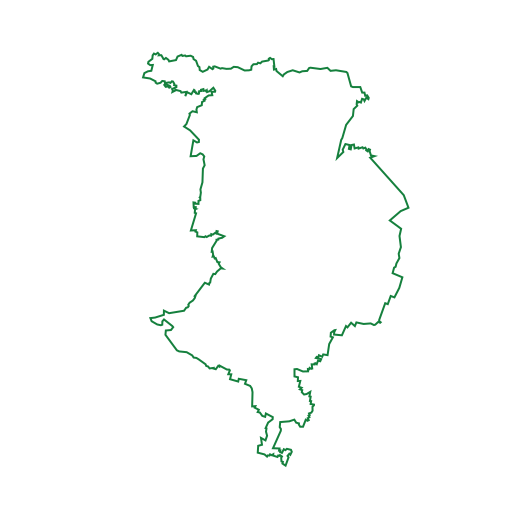 the district of Manlio Fabio Altamirano, Veracruz, Mexico, rotated 12°
{"feature_id": "50627088B96625037975079", "entity_name": "Manlio Fabio Altamirano", "entity_type": "district", "adm_level": 2, "iso_a3": "MEX", "parent_name": "Mexico", "parent_adm1": "Veracruz", "projection": "robinson", "projection_center": [-96.354, 19.086], "detail": "fine", "context": "isolated", "style": "outline", "palette": "green", "viewbox_px": 512, "rotation_deg": 12, "n_neighbors": 0, "source": "geoboundaries", "source_scale": "gbopen_adm2", "svg_char_len": 6063}
<svg xmlns="http://www.w3.org/2000/svg" viewBox="0 0 512 512"><g transform="rotate(12 256 256)"><path d="M328.5,454.9L329.7,446.2L328.4,445.0L329.7,442.5L330.9,443.3L331.7,440.1L330.5,438.3L326.3,438.2L325.1,439.8L323.4,439.2L322.3,443.2L320.3,442.7L320.2,441.1L319.0,441.5L319.0,439.4L312.6,440.5L316.6,421.8L316.3,420.0L314.8,418.5L314.2,413.4L322.9,410.8L327.5,408.1L330.0,410.7L332.8,410.8L332.9,411.9L334.7,413.8L337.5,413.2L338.7,405.8L340.6,406.5L341.7,405.6L340.3,403.9L341.8,402.5L340.6,401.2L341.6,400.4L340.6,399.0L342.7,397.7L343.5,395.6L342.6,391.8L343.7,390.0L343.6,389.3L340.2,389.4L340.1,386.5L338.9,386.6L338.7,382.2L337.4,382.2L337.3,377.6L334.2,380.5L331.8,381.5L329.1,379.7L329.1,377.6L326.7,377.3L328.0,375.4L325.1,375.0L325.3,369.0L322.9,369.6L322.3,365.9L318.7,365.8L317.2,358.8L319.6,358.0L325.9,359.2L330.9,358.0L330.3,355.8L331.5,355.8L331.7,354.3L333.4,354.9L334.4,354.4L333.0,350.4L335.8,349.9L335.6,349.0L336.4,348.5L337.9,349.2L338.4,345.5L340.7,345.6L341.2,343.3L335.8,343.3L336.4,342.0L338.0,341.9L338.2,340.0L341.7,340.8L342.2,338.3L346.6,338.1L345.9,326.9L348.1,319.6L345.7,319.3L345.2,315.5L348.1,312.3L348.9,312.0L348.3,314.4L348.7,316.6L356.5,315.7L358.6,305.8L360.3,306.8L362.9,301.5L367.3,304.0L368.0,300.1L375.4,300.1L382.2,298.1L385.7,299.0L386.9,298.4L389.3,295.0L391.3,295.5L391.7,294.9L390.1,294.2L389.8,292.8L392.2,275.3L394.9,275.7L396.1,267.1L400.0,267.7L402.8,257.4L403.6,246.4L393.2,244.4L393.5,238.7L394.8,237.5L394.9,234.1L396.7,228.2L395.1,224.1L395.9,217.2L392.2,206.6L392.3,199.2L379.5,193.4L388.2,182.0L395.1,177.1L387.9,165.8L347.3,136.1L351.1,133.7L347.5,133.7L345.3,129.7L345.4,128.3L343.9,128.0L343.5,130.4L341.8,129.7L341.9,128.9L340.4,127.3L338.6,128.5L337.6,127.5L334.0,129.6L333.5,128.5L330.1,130.3L328.6,126.6L326.4,127.6L326.5,132.0L324.6,131.9L324.5,128.0L320.2,127.9L318.7,134.0L319.8,136.1L315.0,143.3L315.2,124.7L315.9,122.7L316.9,109.0L321.7,98.9L321.0,92.0L323.8,87.9L322.9,86.7L322.6,83.5L323.8,84.0L323.8,84.7L325.3,83.8L326.7,84.1L327.1,80.2L328.9,80.4L329.9,81.8L331.0,78.2L333.3,79.2L333.4,77.9L331.3,75.7L329.5,76.5L328.1,73.6L325.9,74.1L322.9,69.1L315.6,70.6L313.8,70.3L307.4,58.0L306.1,57.2L295.6,57.7L290.4,59.4L286.7,57.1L280.2,59.7L270.1,60.5L268.9,61.1L267.6,64.3L262.8,65.7L260.4,67.4L253.3,66.7L248.4,69.5L245.5,72.6L244.8,74.6L237.6,70.8L236.8,68.9L234.8,69.9L233.9,66.9L234.6,66.9L232.2,59.7L230.6,60.2L228.6,59.3L227.5,60.4L227.9,61.5L227.4,62.2L221.5,64.6L220.2,66.6L217.8,66.5L217.0,68.1L213.6,69.0L212.2,71.4L212.6,74.8L210.6,75.8L206.3,76.9L198.9,75.1L194.9,75.6L192.5,78.0L188.2,79.1L183.7,79.3L182.4,80.1L176.2,79.1L174.8,79.7L175.3,81.5L174.6,82.3L170.8,80.7L169.8,83.7L165.6,86.9L162.3,85.8L161.4,83.0L159.7,82.2L156.8,77.5L154.0,76.4L153.1,74.4L150.4,73.7L146.1,75.2L145.0,74.6L142.4,75.6L141.4,74.7L137.8,77.2L137.0,81.0L130.6,83.7L129.5,82.3L126.7,81.0L125.3,82.7L124.6,82.6L121.7,79.3L119.6,79.8L119.9,79.3L117.7,77.7L115.9,79.7L114.1,79.2L113.2,81.2L113.6,84.7L110.4,88.4L110.4,90.2L112.9,91.3L115.3,90.6L115.1,96.6L111.9,97.8L108.8,100.3L108.4,104.8L115.5,104.4L121.4,106.0L121.8,107.3L123.5,108.0L126.6,106.4L127.9,104.3L130.4,104.1L131.3,106.5L130.7,107.7L132.5,109.3L134.9,108.4L136.1,109.4L137.2,108.5L136.3,107.5L131.4,106.6L131.4,105.6L134.9,104.2L136.3,104.5L137.4,102.6L138.5,102.6L140.3,104.6L140.4,105.9L142.7,105.9L143.0,107.4L139.2,110.1L140.3,111.6L140.2,112.9L142.8,110.8L142.6,110.2L147.9,110.4L149.0,111.7L153.9,109.9L153.6,114.4L154.5,110.1L159.1,111.2L160.8,106.4L161.6,106.8L162.2,108.4L163.5,108.4L163.6,109.4L165.7,109.5L166.4,109.1L166.1,106.7L168.1,106.0L167.7,104.8L169.8,103.7L170.3,105.4L172.2,104.6L172.8,105.1L173.4,104.1L174.1,105.8L176.2,104.5L179.3,100.3L181.8,102.8L181.8,103.8L178.4,104.7L179.8,107.8L176.3,108.8L173.0,112.3L173.7,113.0L172.5,113.9L173.4,114.8L171.2,116.6L171.6,119.8L167.5,122.6L167.3,125.2L168.2,127.7L163.8,127.6L161.3,130.6L162.0,131.8L160.5,141.4L158.7,144.3L165.4,146.8L176.0,154.1L176.4,156.4L174.7,157.2L170.7,155.9L171.3,172.0L177.0,170.5L180.1,167.1L182.7,167.7L184.7,169.4L184.5,172.3L186.9,177.9L185.9,181.5L188.3,195.1L187.8,202.4L188.9,205.5L189.2,210.3L188.0,210.0L189.4,210.8L189.9,213.0L188.3,214.0L188.9,217.0L185.6,217.5L185.4,216.5L183.7,216.6L184.9,221.1L186.9,220.7L187.0,221.4L185.4,221.7L185.5,222.3L187.4,222.5L186.7,223.0L187.1,226.5L188.5,226.7L187.0,244.6L191.8,243.3L191.7,244.7L193.7,245.1L194.4,249.0L201.6,248.3L202.5,247.2L203.8,247.7L206.1,245.6L207.8,245.5L207.7,243.9L209.3,244.1L211.2,241.9L212.2,242.2L212.2,239.8L213.4,239.8L213.3,242.2L220.9,243.3L219.1,245.2L215.6,246.8L215.7,247.8L214.0,248.3L214.3,249.2L211.4,257.3L211.8,261.0L212.6,260.6L213.8,263.7L213.7,265.6L214.8,265.1L216.1,267.0L217.0,266.4L219.4,269.9L221.6,269.8L221.1,271.3L224.0,274.4L225.9,275.2L224.1,275.4L221.1,279.3L219.9,282.2L218.0,282.3L216.5,287.5L216.7,291.5L216.0,292.0L216.0,293.7L211.5,292.8L204.5,307.7L205.1,307.7L204.8,310.0L203.5,312.7L200.8,315.5L199.9,317.7L200.6,318.9L200.0,320.3L198.4,321.2L197.0,324.5L182.9,330.0L177.3,328.6L178.1,332.7L170.1,337.2L165.6,338.7L167.5,341.5L173.6,343.5L177.3,343.5L178.6,342.7L178.0,339.4L179.2,337.2L188.7,341.9L189.8,342.8L188.2,346.1L183.3,347.6L183.8,351.9L198.2,364.7L200.7,365.3L208.2,364.5L214.3,366.5L216.1,368.3L218.9,368.1L221.4,369.0L229.2,372.4L230.2,373.9L232.0,374.0L234.0,375.6L237.7,374.3L237.6,374.9L240.2,375.1L241.9,371.3L243.2,371.8L243.2,370.8L251.1,373.1L253.5,372.7L254.2,373.3L253.5,377.4L256.4,376.9L256.2,381.9L264.7,382.5L264.7,379.7L272.3,379.5L271.8,383.3L277.3,384.3L279.4,386.4L280.9,389.9L283.5,403.9L286.6,403.0L286.2,404.6L290.7,405.8L290.1,408.3L292.3,408.3L295.4,411.1L298.4,411.4L298.4,408.0L305.9,410.1L306.2,412.2L302.5,416.4L301.2,422.4L302.1,422.5L302.3,425.7L304.2,429.5L303.6,434.4L298.7,432.9L301.1,439.4L297.6,441.2L298.6,448.0L305.6,448.3L308.5,449.9L309.0,448.6L310.7,448.4L311.0,447.1L312.7,447.6L314.1,446.3L314.3,447.7L318.8,448.1L319.2,446.5L320.7,446.6L320.9,445.8L323.1,446.7L322.6,448.1L323.6,451.6L325.1,451.8L325.0,453.5L328.5,454.9Z" fill="none" stroke="#15803d" stroke-width="2"/></g></svg>